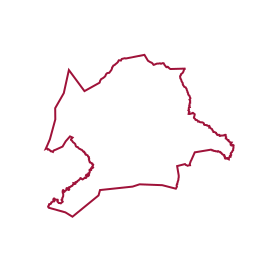 the district of Juticalpa, Olancho, Honduras, rotated 165°
{"feature_id": "27666195B18258905744745", "entity_name": "Juticalpa", "entity_type": "district", "adm_level": 2, "iso_a3": "HND", "parent_name": "Honduras", "parent_adm1": "Olancho", "projection": "mercator", "projection_center": [-86.362, 14.531], "detail": "fine", "context": "isolated", "style": "outline", "palette": "rose", "viewbox_px": 256, "rotation_deg": 165, "n_neighbors": 0, "source": "geoboundaries", "source_scale": "gbopen_adm2", "svg_char_len": 5613}
<svg xmlns="http://www.w3.org/2000/svg" viewBox="0 0 256 256"><g transform="rotate(165 128 128)"><path d="M170.1,199.3L181.0,178.3L193.2,166.0L196.0,155.1L206.3,137.4L209.9,132.8L212.9,129.1L212.3,129.2L211.4,129.0L210.9,127.9L210.4,128.1L210.1,127.7L209.6,127.4L209.2,126.5L208.8,126.1L208.6,125.5L207.7,125.3L207.5,124.9L206.7,124.3L206.4,124.8L206.1,124.9L205.5,125.5L204.4,125.7L203.7,125.7L196.0,127.0L191.6,131.3L186.2,134.9L184.0,133.1L186.0,131.8L186.1,131.2L185.2,129.8L184.8,128.5L183.9,127.5L183.1,126.1L183.1,124.3L182.9,123.6L182.5,123.1L181.5,122.6L180.9,121.2L180.1,120.3L179.6,120.0L178.9,119.2L178.3,118.9L177.2,116.8L176.5,116.5L176.4,116.2L176.8,116.1L176.2,115.2L176.1,114.5L175.7,114.3L175.9,113.5L175.8,113.2L174.6,112.5L174.0,111.8L174.0,110.8L173.3,110.0L173.5,109.7L173.4,108.7L173.8,108.3L173.6,108.0L173.9,107.2L173.9,106.0L173.6,105.5L173.7,105.3L173.8,104.7L173.6,104.5L172.6,103.8L172.2,103.3L172.1,102.8L171.6,102.8L171.5,102.2L171.1,101.5L171.7,100.7L172.6,100.0L172.6,99.7L172.0,99.2L171.9,98.9L172.6,98.5L174.1,98.7L174.4,98.3L174.3,97.1L174.5,96.9L174.9,96.9L175.6,97.6L175.9,97.6L176.2,96.8L176.2,96.1L176.6,94.8L177.0,94.5L177.9,94.6L178.2,94.3L178.2,93.8L177.7,93.0L177.8,92.6L178.5,92.0L179.2,91.8L179.7,91.9L179.9,92.1L179.3,92.8L179.2,93.5L179.5,93.7L180.4,93.6L180.9,93.1L180.7,92.3L181.1,90.9L181.3,90.7L181.9,90.7L182.3,91.1L182.6,91.2L182.9,90.8L184.1,90.6L184.7,90.2L185.2,90.1L186.0,90.8L186.5,91.7L186.9,91.9L187.6,91.1L188.7,90.6L189.2,90.1L190.4,90.0L191.0,89.2L191.6,89.1L192.3,89.3L192.7,89.3L192.9,88.9L192.9,88.1L193.2,87.7L193.9,87.7L194.4,88.7L194.9,88.9L194.9,88.1L195.0,87.8L195.3,87.6L195.9,87.6L196.7,86.6L197.1,86.5L197.9,86.6L198.7,86.0L200.0,86.1L200.7,85.9L201.0,85.7L201.1,85.3L200.5,84.4L200.6,83.9L201.0,83.5L201.4,83.5L201.9,83.9L202.1,85.4L202.6,85.8L202.9,85.7L203.1,85.6L203.4,84.5L203.7,84.1L204.4,83.7L205.2,83.5L205.6,83.0L206.0,82.8L206.3,83.1L206.2,83.9L206.4,84.5L206.7,84.8L207.0,84.7L207.4,84.1L207.7,83.2L207.8,82.3L207.6,81.1L208.2,79.1L208.5,78.5L209.5,77.5L209.8,76.4L210.6,76.1L210.8,75.9L210.8,75.5L210.3,74.5L210.1,73.8L210.5,73.4L211.4,73.2L212.4,72.6L213.2,73.1L214.3,73.5L215.2,75.3L214.5,76.3L214.5,76.9L215.2,77.2L216.4,77.5L216.9,78.0L217.3,78.9L217.7,79.1L218.3,78.8L218.6,78.4L218.4,77.9L217.9,77.1L217.9,76.7L218.1,76.4L218.5,76.2L219.7,76.6L220.7,76.0L221.5,75.9L221.8,75.0L222.1,74.8L222.8,74.6L223.7,74.9L224.0,74.8L224.6,73.4L225.2,73.2L225.5,72.8L225.5,72.4L225.2,71.5L210.3,62.7L204.6,56.7L173.9,70.5L171.1,75.3L138.7,70.2L131.4,70.6L109.7,63.9L97.5,57.0L95.9,58.7L95.9,59.0L96.0,59.6L95.8,60.3L95.0,60.9L95.1,61.3L94.2,62.4L94.1,62.9L92.8,64.8L92.3,66.3L91.8,67.2L91.3,69.0L90.4,78.5L82.3,78.4L81.8,77.4L81.0,76.9L80.2,76.1L78.8,76.2L77.7,76.0L77.6,77.4L76.7,78.6L76.2,79.5L75.3,80.4L69.8,87.2L53.5,85.6L52.6,85.1L52.4,84.5L51.7,84.4L50.8,83.5L50.0,83.4L49.0,82.6L47.9,82.5L47.6,82.1L47.3,82.3L46.7,82.2L46.5,81.8L46.0,81.3L45.2,81.1L44.8,80.5L44.9,80.3L44.6,80.1L44.6,79.9L44.3,79.7L44.0,79.2L43.9,78.6L43.1,77.6L42.5,77.3L42.4,76.8L42.0,76.8L41.9,75.9L42.2,75.5L41.8,75.2L42.2,73.8L42.0,73.3L41.7,73.2L40.9,73.5L40.0,73.3L40.1,72.6L39.4,72.3L38.7,71.6L38.6,71.8L38.9,72.3L38.9,72.5L37.5,73.6L37.2,74.1L36.9,73.7L36.4,73.6L36.2,74.1L35.8,74.7L35.4,75.1L35.5,75.2L36.0,75.2L35.4,76.1L35.4,76.8L34.8,77.3L34.7,77.5L33.7,77.9L33.0,78.9L32.2,79.3L31.9,80.4L31.6,80.8L31.6,81.1L31.2,81.7L30.9,83.1L30.5,83.7L30.5,84.0L31.0,84.5L31.5,84.6L32.0,84.2L32.7,84.4L32.9,84.7L33.2,85.2L33.0,86.3L32.3,86.5L31.7,87.1L32.8,87.5L33.2,88.0L33.6,88.8L34.2,89.1L34.3,89.5L34.1,90.4L34.3,90.5L34.9,90.6L35.8,92.3L36.3,92.6L36.2,93.0L35.5,93.8L35.8,94.3L35.9,94.7L35.4,95.9L35.4,96.1L35.6,96.2L36.3,96.3L38.0,96.1L39.6,96.5L41.3,96.5L41.5,96.6L41.3,97.4L41.4,97.7L42.4,98.0L43.2,98.0L43.5,98.2L43.8,98.6L43.8,99.5L44.3,100.0L44.2,100.6L45.5,101.7L46.5,102.0L46.4,102.7L47.0,103.7L47.0,104.8L47.2,105.3L48.4,106.5L48.7,107.6L49.1,107.5L49.4,107.5L49.3,107.9L48.8,108.3L48.9,109.0L49.6,109.1L50.9,109.8L51.0,110.3L51.4,110.5L53.4,111.2L53.7,111.7L53.5,112.8L54.2,113.8L55.1,114.4L55.9,114.5L57.1,115.1L57.6,115.9L58.6,116.0L58.6,116.7L59.5,117.9L60.2,118.0L60.7,118.5L60.7,119.2L61.6,120.5L61.7,120.9L61.4,121.5L60.6,122.7L60.0,124.0L61.3,125.8L61.8,125.9L62.2,125.5L62.5,125.4L62.9,125.5L63.5,125.8L64.5,125.5L65.8,125.9L65.3,127.0L64.6,127.8L64.9,128.1L64.7,128.7L65.1,129.5L64.3,130.1L64.3,131.1L63.9,132.0L63.4,132.6L62.9,132.4L63.0,133.9L62.6,134.0L62.5,134.7L62.0,135.9L61.4,136.2L61.5,136.8L60.9,138.0L61.1,138.4L61.0,139.2L61.2,139.5L60.2,140.2L60.0,140.6L60.4,143.1L60.3,143.4L61.0,144.3L61.1,144.7L61.1,145.4L60.9,146.1L61.3,147.2L61.1,147.8L61.4,149.6L61.3,150.7L61.6,151.3L61.8,152.3L62.9,153.1L63.2,153.7L63.3,154.4L63.7,155.1L63.6,155.7L63.8,156.2L63.5,157.2L64.1,159.0L64.2,159.7L64.1,160.3L64.2,161.3L64.5,162.0L64.6,162.8L64.4,163.5L64.4,164.2L64.2,164.7L63.3,165.3L63.0,166.2L61.1,167.0L60.0,168.0L58.7,170.0L58.2,170.3L57.1,170.5L71.8,174.0L72.6,174.9L73.6,176.7L74.0,176.9L74.7,176.6L75.3,177.0L76.0,178.7L76.4,179.5L76.8,181.3L77.2,181.5L78.0,181.7L79.0,181.5L79.7,181.6L80.3,182.2L81.8,182.3L83.4,182.7L86.8,182.3L87.0,182.4L87.6,184.0L88.2,184.9L89.5,185.9L91.3,187.8L93.2,194.4L112.2,195.7L112.9,196.2L115.5,196.3L116.1,196.3L116.3,196.2L117.4,195.0L119.3,195.8L119.8,195.4L120.6,194.4L121.9,193.6L123.8,192.8L124.6,192.3L126.0,192.1L127.0,191.0L127.7,190.6L128.0,189.7L129.0,188.4L131.8,186.2L133.8,186.4L134.3,186.2L135.3,185.6L136.0,184.7L136.2,184.3L137.3,183.5L138.9,182.8L141.4,182.1L142.8,180.7L143.5,179.4L143.8,179.1L160.5,174.9L170.1,199.3Z" fill="none" stroke="#9f1239" stroke-width="2"/></g></svg>